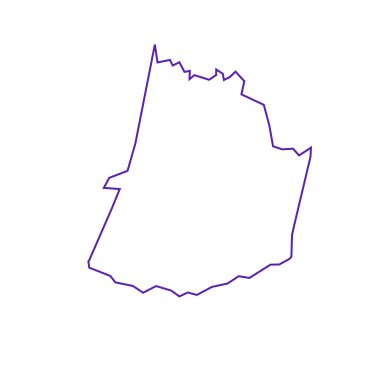 the district of Wilkes, Georgia, United States of America, rotated 217°
{"feature_id": "52423323B5561424774861", "entity_name": "Wilkes", "entity_type": "district", "adm_level": 2, "iso_a3": "USA", "parent_name": "United States of America", "parent_adm1": "Georgia", "projection": "equal_earth", "projection_center": [-82.73, 33.794], "detail": "fine", "context": "isolated", "style": "outline", "palette": "violet", "viewbox_px": 384, "rotation_deg": 217, "n_neighbors": 0, "source": "geoboundaries", "source_scale": "gbopen_adm2", "svg_char_len": 811}
<svg xmlns="http://www.w3.org/2000/svg" viewBox="0 0 384 384"><g transform="rotate(217 192 192)"><path d="M216.9,312.0L229.7,314.3L231.0,306.5L233.9,300.7L238.6,305.0L246.3,304.4L243.1,299.9L245.9,291.9L260.4,286.8L261.9,280.6L266.6,287.4L270.3,283.4L280.2,288.0L283.5,281.4L289.1,284.2L297.5,274.7L310.4,287.4L266.4,196.6L256.2,170.1L266.6,153.5L264.9,142.2L251.5,150.9L246.1,130.5L233.1,76.0L232.9,74.1L228.5,69.7L206.7,75.8L198.8,73.7L182.6,81.4L170.5,82.1L164.0,95.3L149.1,100.8L139.2,101.0L134.9,109.2L126.2,112.7L118.9,128.3L108.6,140.2L104.0,152.9L94.5,157.8L85.6,181.2L78.7,186.6L74.0,197.0L73.6,200.0L86.3,218.0L91.4,229.3L118.6,291.5L123.7,299.0L128.5,285.6L137.4,287.4L145.7,280.3L154.8,277.3L170.3,291.7L187.1,304.8L211.3,299.7L216.9,312.0Z" fill="none" stroke="#5b21b6" stroke-width="2"/></g></svg>